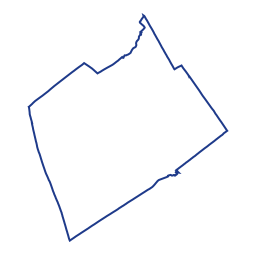 outline of Serbanesti, Olt, Romania
{"feature_id": "2599482B90553922422134", "entity_name": "Serbanesti", "entity_type": "district", "adm_level": 2, "iso_a3": "ROU", "parent_name": "Romania", "parent_adm1": "Olt", "projection": "robinson", "projection_center": [24.682, 44.329], "detail": "fine", "context": "isolated", "style": "outline", "palette": "blue", "viewbox_px": 256, "rotation_deg": 0, "n_neighbors": 0, "source": "geoboundaries", "source_scale": "gbopen_adm2", "svg_char_len": 5621}
<svg xmlns="http://www.w3.org/2000/svg" viewBox="0 0 256 256"><path d="M69.8,240.6L70.5,240.1L72.7,238.6L73.6,238.0L76.0,236.3L80.2,233.6L81.2,232.9L82.0,232.4L87.4,228.9L92.1,225.7L94.5,224.2L97.3,222.3L98.2,221.7L99.4,220.9L105.3,217.1L106.8,216.1L110.1,214.1L111.8,213.0L113.7,211.8L115.2,210.9L117.7,209.3L118.4,208.8L119.0,208.3L121.1,207.0L121.5,206.7L123.0,205.8L123.4,205.6L123.8,205.3L125.1,204.4L125.5,204.2L126.9,203.2L127.9,202.5L131.6,200.2L132.3,199.8L133.5,199.0L136.0,197.4L141.9,193.6L144.9,191.7L146.9,190.4L148.0,189.7L149.7,188.8L150.6,188.1L151.0,187.9L151.7,187.4L152.0,187.2L152.4,186.9L152.7,186.6L153.0,186.3L153.7,185.6L155.1,184.0L155.9,183.0L156.7,182.1L157.3,181.3L158.0,180.7L158.3,180.4L158.9,180.0L159.4,179.8L166.6,177.1L168.0,176.5L168.1,176.3L168.0,176.2L167.9,176.1L167.9,175.8L168.4,175.5L169.9,175.1L170.2,175.0L170.6,174.9L170.9,175.0L171.7,175.5L171.9,175.6L172.2,175.6L173.1,175.3L173.7,175.0L173.9,175.0L174.1,175.0L174.3,175.4L174.4,175.5L174.7,175.6L175.0,175.6L175.3,175.5L175.5,175.1L175.7,174.9L175.8,174.8L176.2,174.8L176.5,174.6L176.6,174.3L176.7,174.1L176.9,174.1L177.1,174.0L177.2,173.9L177.2,173.7L176.8,173.5L176.6,173.4L176.5,173.2L176.4,173.0L176.1,172.5L175.8,172.2L176.0,171.9L176.6,172.1L176.8,172.2L177.1,172.3L177.3,172.3L178.0,172.5L178.7,172.6L178.4,172.3L178.0,172.0L177.8,171.8L177.3,171.0L177.1,170.7L176.9,170.6L176.6,170.4L176.2,170.2L176.3,170.1L176.5,169.9L177.8,169.0L179.3,167.8L180.3,167.1L180.9,166.6L181.6,166.1L183.2,164.9L184.4,163.9L185.2,163.4L185.9,162.7L186.8,162.1L187.8,161.4L188.9,160.5L189.8,159.9L190.6,159.2L191.6,158.4L192.6,157.7L193.1,157.2L194.9,156.0L197.3,154.0L198.0,153.5L199.2,152.5L201.8,150.5L204.9,148.1L205.9,147.4L207.4,146.3L209.6,144.5L210.2,144.1L210.8,143.6L213.0,142.0L213.4,141.6L213.8,141.4L214.9,140.5L216.0,139.6L216.6,139.1L217.2,138.7L218.4,137.7L219.1,137.2L220.5,136.1L221.0,135.7L221.7,135.3L222.2,134.9L222.9,134.3L223.2,134.0L223.3,133.8L223.4,133.6L223.8,133.3L224.1,133.0L224.6,132.7L226.4,131.4L226.6,131.2L227.2,130.8L226.8,130.3L226.3,129.5L221.4,122.2L219.8,120.0L216.3,114.8L215.5,113.8L215.1,113.1L213.7,110.7L212.2,108.9L211.0,107.3L209.8,105.6L205.0,98.9L202.7,95.8L201.5,94.0L199.3,90.6L189.5,76.6L189.2,76.9L188.3,75.0L185.8,71.5L184.0,69.2L183.1,68.0L181.5,65.5L180.7,65.9L178.3,67.0L177.4,67.5L176.7,67.9L176.1,68.3L174.5,69.3L174.4,69.2L174.2,69.0L174.0,68.6L173.5,67.7L172.9,66.6L172.3,65.5L171.5,64.2L170.0,61.5L169.2,59.9L168.1,58.1L167.2,56.7L166.5,55.3L165.7,54.0L165.4,53.5L165.0,52.7L164.5,51.9L164.0,51.0L163.4,49.8L161.8,47.2L160.9,45.4L160.5,44.7L159.5,42.8L158.9,41.7L158.4,40.7L157.6,39.5L157.0,38.4L156.0,36.6L154.9,34.6L154.6,34.2L154.3,33.6L153.8,32.5L153.1,31.2L151.8,28.9L151.2,27.9L149.6,25.3L149.3,24.6L148.7,23.6L148.3,22.8L147.9,22.1L147.4,21.2L146.9,20.3L146.1,19.1L145.7,18.5L145.4,17.8L144.8,16.8L144.5,16.3L144.2,15.9L143.7,15.6L143.4,15.4L143.6,16.1L143.4,16.8L141.6,19.2L141.6,19.3L141.2,19.9L140.8,20.6L140.7,20.9L140.3,21.2L140.0,21.4L139.9,21.6L139.8,21.9L139.9,22.6L140.0,22.7L140.6,23.2L141.4,24.0L143.6,25.9L144.1,26.6L144.4,27.0L144.6,27.3L144.7,27.5L144.6,27.8L144.5,28.0L143.0,29.7L142.7,29.9L141.7,30.9L140.5,31.9L141.3,32.4L140.3,33.3L140.3,33.9L140.3,34.1L140.5,34.2L141.1,34.3L141.0,34.8L140.3,35.0L139.8,35.3L139.5,35.7L138.9,36.8L138.9,37.6L138.9,38.1L138.5,39.3L138.3,39.6L136.9,41.1L136.5,41.8L136.3,42.3L136.1,43.1L136.1,43.5L136.2,44.1L136.3,44.5L136.3,45.0L136.3,45.4L136.1,45.8L135.7,46.8L135.4,47.0L134.7,47.5L134.0,47.8L133.5,48.1L133.1,48.4L132.8,48.8L131.8,50.2L131.5,50.9L131.0,51.8L130.7,52.6L130.6,52.8L129.7,53.5L129.1,53.9L128.5,54.3L128.2,54.5L127.0,54.9L126.3,55.3L125.9,55.4L125.4,55.4L124.9,55.3L124.7,55.3L124.5,55.5L123.8,56.9L123.6,57.2L123.5,57.7L123.1,57.9L122.9,57.7L122.2,57.0L121.7,57.4L120.6,58.4L119.5,59.3L118.0,60.7L116.7,61.6L114.3,63.5L112.5,64.8L109.8,66.3L107.2,67.7L105.1,68.9L104.2,69.4L103.4,69.9L102.9,70.2L102.5,70.4L101.6,71.0L100.7,71.6L100.0,72.0L99.8,72.1L98.3,72.9L97.5,73.4L94.6,70.8L93.4,69.7L92.1,68.6L91.5,68.1L91.0,67.8L89.2,66.5L84.1,63.1L83.1,64.0L81.9,65.0L79.3,66.8L75.8,69.4L73.9,70.9L72.9,71.6L71.7,72.5L59.3,82.1L54.3,86.0L49.9,89.7L49.6,90.0L49.1,90.4L48.6,90.9L42.3,95.8L39.5,97.8L35.7,100.6L34.7,101.4L34.2,101.9L33.2,102.8L32.7,103.3L32.2,103.9L31.7,104.3L31.2,104.8L30.4,105.5L30.1,105.8L29.6,106.2L29.2,106.6L29.1,106.8L28.8,106.9L29.0,107.5L29.2,108.8L29.4,110.4L29.5,111.3L29.6,112.0L29.7,113.7L29.7,114.1L29.8,114.5L30.2,116.1L30.6,117.3L30.8,118.3L31.8,121.8L32.1,123.1L31.9,123.1L32.1,124.4L32.7,126.9L33.0,128.3L33.1,129.1L33.3,129.9L33.5,130.8L33.9,132.4L34.3,134.1L34.4,134.7L34.9,136.8L35.6,139.8L36.0,141.7L36.3,142.5L36.4,143.0L36.7,144.3L37.2,147.0L37.4,147.8L37.6,148.3L37.6,148.5L37.8,149.2L38.2,150.3L38.6,151.6L38.9,152.5L39.4,153.5L39.8,154.7L40.6,157.3L41.1,159.0L41.5,160.2L41.8,161.3L43.3,165.8L43.6,166.7L44.1,168.1L44.8,170.2L45.1,171.1L45.7,172.8L45.9,173.3L46.1,173.8L46.2,174.0L47.0,175.7L47.3,176.4L47.6,177.0L47.9,177.8L48.2,178.4L48.7,179.8L48.9,180.3L49.2,180.6L49.6,181.5L49.8,181.8L50.7,184.2L51.4,186.2L51.6,186.8L52.3,188.8L52.9,190.7L53.5,192.2L53.9,193.1L54.2,194.1L55.2,196.4L55.5,197.1L55.9,198.3L56.4,199.3L56.7,200.1L57.1,201.0L57.6,202.0L58.2,203.7L58.6,204.6L58.9,205.4L59.3,206.4L59.8,207.9L60.0,208.4L60.4,209.5L60.6,210.1L60.7,210.5L60.9,210.9L61.3,212.0L61.6,212.6L61.7,213.3L62.0,214.3L62.4,215.6L62.5,216.3L62.7,216.8L63.0,217.8L63.8,220.5L64.2,221.8L64.6,223.3L64.9,224.2L65.2,225.2L66.2,228.8L66.5,229.9L67.1,231.7L67.4,232.9L68.1,235.2L68.4,236.3L68.9,238.2L69.6,240.2L69.8,240.6Z" fill="none" stroke="#1e3a8a" stroke-width="2"/></svg>